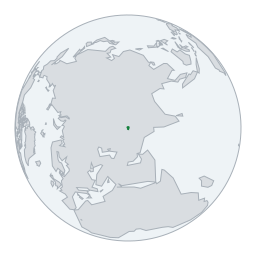 the Earth from above Nangarhar, rotated 278°
{"feature_id": "AFG-1764", "entity_name": "Nangarhar", "entity_type": "Province", "adm_level": 1, "iso_a3": "AFG", "parent_name": "Afghanistan", "parent_adm1": "", "projection": "orthographic", "projection_center": [70.357, 34.369], "detail": "fine", "context": "on_globe", "style": "filled", "palette": "green", "viewbox_px": 256, "rotation_deg": 278, "n_neighbors": 0, "source": "natural_earth", "source_scale": "10m", "svg_char_len": 10843}
<svg xmlns="http://www.w3.org/2000/svg" viewBox="0 0 256 256"><g transform="rotate(278 128 128)"><circle cx="128" cy="128" r="113" fill="#eef3f6" stroke="#a8b0b8"/><path d="M151.0,17.7L152.6,18.5L161.3,22.2L166.7,24.0L163.5,23.4L175.4,27.5L181.8,31.2L172.9,26.7L170.8,26.2L174.4,28.4L172.9,28.3L173.8,29.4L171.8,29.2L166.8,27.0L165.4,26.9L168.0,28.5L167.6,29.6L164.0,27.1L162.9,28.8L154.3,26.0L146.3,20.8L139.9,20.2L127.4,17.7L126.9,18.3L121.9,18.1L119.5,18.7L117.8,18.4L117.3,19.3L119.3,19.5L119.7,20.0L118.4,20.5L116.1,20.0L116.4,19.7L115.1,19.9L114.5,19.5L114.1,19.9L111.4,19.5L112.2,20.7L108.5,21.1L107.3,20.6L109.9,19.6L113.5,16.9L113.0,16.7L109.8,17.0L98.4,19.4L96.9,19.8L94.5,20.5L102.4,18.3L110.4,16.7L118.5,15.8L126.6,15.4L134.8,15.6L142.9,16.4L151.0,17.7ZM92.9,21.0L92.7,21.1L95.6,20.2L94.1,21.1L97.8,20.3L97.8,20.6L100.6,20.5L97.5,21.7L92.9,23.1L90.4,23.4L88.3,24.1L88.5,25.0L81.7,27.0L73.6,31.1L72.1,31.6L73.1,30.2L78.6,26.9L79.4,26.4L92.9,21.0ZM78.5,26.8L76.4,28.0L72.7,29.8L71.0,30.8L69.6,31.7L69.9,31.6L68.1,32.7L69.4,31.8L78.5,26.8ZM154.4,18.5L154.6,18.6L152.8,18.1L153.0,18.2L154.4,18.5ZM170.9,25.4L168.8,24.4L171.3,25.5L170.9,25.4ZM174.3,29.6L175.3,30.0L175.4,30.5L174.3,29.6ZM102.2,19.9L101.4,20.2L102.2,19.9ZM104.1,19.6L104.5,19.2L105.5,19.1L105.2,19.3L104.1,19.6ZM172.3,30.7L172.0,31.4L171.4,30.2L172.3,30.7ZM103.4,20.1L107.1,18.8L108.9,18.6L109.4,19.3L103.4,20.1ZM171.2,31.6L170.6,33.8L172.9,34.7L166.1,33.5L168.9,31.9L167.8,30.2L169.7,31.4L171.2,31.6ZM120.4,19.4L118.3,19.1L121.2,18.9L120.4,19.4ZM122.2,19.1L130.6,18.3L133.2,19.1L129.8,19.1L134.0,20.0L131.1,20.8L128.2,20.5L127.1,19.7L126.8,20.6L122.2,19.1ZM162.4,32.7L161.5,33.0L161.5,32.3L162.4,32.7ZM120.1,20.2L121.5,19.9L123.9,20.5L121.3,21.4L121.4,20.9L120.1,20.2ZM136.6,19.9L137.8,20.6L135.8,21.5L136.0,21.9L131.3,20.9L136.6,19.9ZM120.2,21.0L120.0,21.8L117.7,22.0L118.8,20.6L120.2,21.0ZM125.5,20.4L126.5,20.8L125.1,20.8L125.5,20.4ZM109.7,23.5L111.4,22.9L112.8,23.1L109.7,23.5ZM120.0,22.1L120.8,22.0L121.5,22.1L120.9,22.7L120.0,22.1ZM130.2,21.6L129.1,21.9L132.0,22.0L130.6,22.8L127.7,22.0L128.4,22.7L128.0,23.0L126.1,22.1L130.2,21.6ZM122.4,23.6L118.2,23.1L114.7,24.1L113.4,23.9L119.3,22.4L122.4,23.6ZM124.7,22.8L123.0,23.2L122.3,22.6L123.0,21.9L124.7,22.8ZM130.8,23.7L133.6,22.7L134.2,22.9L130.8,23.7ZM121.5,24.0L122.6,24.1L121.4,24.1L121.5,24.0ZM128.1,23.8L129.0,23.4L129.6,23.7L128.1,23.8ZM123.8,24.7L122.5,24.5L122.9,24.0L123.8,24.7ZM125.9,24.4L126.5,24.9L123.9,24.0L126.2,24.2L125.9,24.4ZM128.5,24.1L129.1,24.2L128.0,24.3L128.5,24.1ZM122.9,26.9L119.6,25.9L120.6,24.7L123.7,25.8L122.9,26.9ZM17.2,125.6L19.1,106.5L21.1,102.8L23.6,96.1L39.2,85.9L40.2,90.1L49.8,96.2L50.6,98.2L46.9,102.7L52.1,115.5L56.8,112.8L64.0,121.2L70.4,123.9L77.2,114.7L66.7,110.0L67.4,104.1L77.8,103.6L87.4,108.1L88.0,106.0L84.0,99.2L88.4,96.6L82.9,96.6L83.5,99.3L80.1,99.6L79.4,97.2L80.9,96.2L78.6,94.1L71.8,99.5L71.7,102.8L64.4,100.6L63.5,106.0L60.8,107.1L61.2,98.5L62.8,96.1L61.9,85.4L59.6,87.7L60.3,98.0L59.1,96.5L55.9,100.1L57.4,96.1L57.3,84.7L52.1,82.5L41.8,87.8L39.6,86.1L39.5,81.7L47.0,72.8L51.1,77.7L53.8,75.1L56.2,69.1L57.2,71.2L58.7,69.5L60.6,71.2L66.4,69.4L68.8,70.8L74.1,66.2L76.0,66.5L72.3,69.0L71.0,71.8L77.3,75.8L79.4,75.4L82.4,72.2L83.7,73.9L85.8,70.4L90.9,71.3L86.4,67.3L89.8,63.9L94.5,62.6L94.8,60.9L87.1,63.1L84.7,64.7L84.0,67.1L76.9,71.4L74.1,71.0L78.4,64.1L74.9,62.8L79.9,58.4L97.7,54.5L103.6,55.2L106.9,63.4L103.7,65.0L101.0,62.7L100.7,68.0L102.1,66.0L103.2,67.6L106.7,65.1L107.7,66.1L109.4,62.2L111.0,63.2L109.8,65.6L116.4,63.3L120.5,64.8L121.5,63.8L121.4,62.3L126.6,65.5L127.2,64.6L125.6,63.2L125.7,60.7L127.8,57.6L129.5,58.9L128.9,60.1L130.4,64.9L128.7,68.4L129.6,68.6L131.5,65.9L129.7,60.1L130.5,57.9L131.8,60.4L131.4,59.3L132.3,58.7L134.8,59.2L133.6,56.4L141.4,48.4L147.1,49.1L147.3,52.0L154.6,48.7L160.4,50.4L159.0,49.0L161.5,46.9L159.7,46.3L159.2,45.5L164.9,40.7L167.6,40.7L168.4,37.7L167.7,37.1L165.8,36.8L166.1,33.5L172.9,34.7L174.2,36.0L177.5,36.1L180.0,39.2L183.7,42.1L184.5,45.8L187.3,48.0L188.3,47.8L192.8,50.9L198.7,58.2L189.5,52.9L179.8,43.4L183.4,47.2L181.3,46.6L181.8,48.3L184.4,51.1L185.5,51.2L183.1,58.5L186.8,67.7L189.8,65.6L193.2,67.2L200.1,77.3L200.8,95.0L205.4,98.5L206.8,101.6L205.2,104.7L203.1,100.3L200.0,99.8L199.1,96.9L195.8,101.0L194.4,97.1L192.5,102.4L195.0,104.9L198.5,102.5L197.5,109.1L203.1,112.8L205.5,119.0L202.1,133.1L196.0,139.1L196.0,141.3L192.7,140.0L189.6,145.3L196.9,154.5L197.2,157.7L191.6,165.7L191.2,163.5L182.4,160.2L181.7,168.0L188.4,172.4L190.8,178.7L186.0,177.9L183.5,172.4L180.4,171.0L180.5,164.4L176.6,155.2L171.7,158.2L171.5,154.1L165.3,146.7L158.0,150.6L146.8,162.8L146.3,173.0L141.9,177.6L134.0,163.4L132.2,153.3L128.2,154.3L120.9,145.4L105.2,143.4L104.0,140.5L100.8,141.4L95.8,137.7L94.3,132.9L90.8,132.5L95.2,145.2L99.1,145.7L103.6,141.9L104.0,146.2L108.9,150.5L100.0,159.1L78.3,163.0L77.9,155.1L70.0,129.8L71.1,127.6L71.2,127.3L71.2,126.8L68.7,130.2L67.9,125.2L70.4,142.3L70.1,148.9L78.0,163.4L76.8,164.2L79.9,167.5L91.7,167.3L91.4,169.8L84.8,179.7L69.9,189.8L72.9,199.5L73.5,206.6L66.3,208.1L69.2,213.6L65.8,213.6L67.1,216.3L65.6,217.6L62.4,217.5L54.6,212.6L52.3,210.0L45.7,202.7L35.8,186.3L35.9,181.5L34.5,176.0L29.0,160.1L30.0,154.2L29.0,150.2L26.6,148.4L25.7,143.5L24.4,141.9L18.0,133.8L17.2,125.6ZM31.1,93.7L30.1,95.6L31.1,93.7ZM95.8,118.3L102.6,120.4L102.5,113.0L105.1,113.3L104.1,110.8L102.4,112.5L100.4,105.9L104.4,104.7L105.1,101.7L102.8,100.9L95.8,104.2L98.6,113.5L95.8,115.8L95.8,118.3ZM72.6,29.9L72.3,30.1L70.7,31.1L71.0,30.9L72.6,29.9ZM66.2,34.7L63.5,36.3L65.7,34.9L65.5,34.7L70.0,31.7L71.6,31.8L70.1,32.2L66.2,34.7ZM76.3,28.1L73.3,29.8L76.6,28.0L76.3,28.1ZM65.0,59.3L64.6,61.2L62.3,62.6L59.4,61.5L62.6,59.4L65.0,59.3ZM64.6,63.5L69.8,57.4L71.8,58.1L69.8,58.7L70.6,59.8L67.6,61.1L64.5,68.0L62.3,69.8L57.9,66.4L60.6,66.4L60.8,64.5L64.6,63.5ZM79.4,43.1L81.6,41.2L83.2,45.0L80.9,46.5L77.7,45.3L78.6,42.9L79.4,43.1ZM103.6,22.0L104.3,21.5L105.0,21.6L104.8,22.1L103.6,22.0ZM110.4,23.2L100.9,24.5L101.3,23.9L95.2,25.7L93.9,25.0L97.9,23.8L92.3,24.7L95.4,23.3L91.5,24.2L100.5,21.6L103.0,20.7L100.7,22.0L101.8,22.6L103.1,22.6L108.5,22.0L114.5,20.5L116.6,21.2L116.4,22.0L115.3,22.5L114.3,21.9L113.5,22.9L111.2,22.4L110.4,23.2ZM113.7,35.6L113.1,34.1L111.1,37.3L108.8,36.3L108.7,36.8L106.0,36.8L102.6,37.7L102.0,37.0L100.9,37.7L99.1,37.8L97.5,38.6L95.7,37.7L93.6,38.6L93.9,37.7L90.7,39.5L92.3,37.8L90.2,38.0L89.8,39.5L84.1,34.3L80.5,33.9L76.6,34.6L79.8,32.0L85.6,29.7L91.9,28.4L94.9,29.4L95.9,28.1L97.6,28.3L96.1,29.2L99.4,27.9L100.4,28.4L106.1,28.0L110.1,26.2L112.3,26.2L111.2,27.1L114.2,26.4L113.6,28.2L115.2,28.2L116.2,30.2L113.2,32.1L115.1,32.1L116.0,33.7L113.7,35.6ZM123.1,27.4L120.0,29.7L117.3,30.3L116.7,26.7L115.4,26.4L114.9,24.4L118.9,23.6L118.7,24.2L119.4,24.7L117.9,24.7L119.6,25.0L119.3,25.9L120.6,26.4L119.3,27.0L123.1,27.4ZM53.0,97.3L53.9,98.3L55.7,99.2L53.7,101.6L53.0,97.3ZM52.7,89.5L53.8,89.8L51.9,93.4L50.9,92.5L52.7,89.5ZM56.0,87.1L54.0,89.6L54.5,87.7L56.0,87.1ZM73.4,69.3L74.7,69.6L74.2,70.5L72.8,71.3L73.4,69.3ZM107.4,46.2L107.5,44.9L108.2,44.8L110.5,42.3L112.4,43.0L111.8,44.8L107.4,46.2ZM74.5,115.7L71.7,116.9L71.1,115.5L72.2,115.3L74.5,115.7ZM61.5,109.2L63.7,112.0L60.9,109.8L61.5,109.2ZM109.8,46.5L110.6,45.4L111.1,46.5L109.8,46.5ZM113.9,43.4L114.7,44.5L112.9,42.8L113.9,43.4ZM126.2,239.8L127.9,240.0L126.0,240.0L126.2,239.8ZM91.0,210.1L87.7,220.2L82.7,218.9L80.4,215.4L80.7,208.9L86.0,208.2L88.2,205.4L91.0,210.1ZM211.3,184.9L213.5,184.0L213.4,184.4L211.3,184.9ZM209.1,184.8L211.7,183.5L208.5,185.9L209.1,184.8ZM212.7,183.0L215.4,180.7L216.5,179.4L216.2,180.3L212.7,183.0ZM207.3,185.7L196.6,190.3L192.2,190.8L193.4,188.9L200.5,186.6L207.3,185.7ZM193.0,189.0L186.0,187.0L175.3,176.5L179.1,175.9L190.1,180.9L189.5,182.4L193.7,184.5L193.0,189.0ZM209.3,174.4L208.5,178.7L202.8,181.0L200.1,181.5L198.3,177.0L199.3,173.9L201.6,173.1L209.5,160.0L212.4,160.9L210.2,166.1L212.5,168.5L209.3,174.4ZM146.9,173.9L149.9,179.5L147.4,180.6L146.9,173.9ZM212.0,151.7L209.3,157.5L211.5,150.4L212.0,151.7ZM212.9,145.5L213.4,147.5L211.9,146.1L212.9,145.5ZM196.6,144.4L194.2,145.8L193.8,144.3L196.6,141.5L196.6,144.4ZM207.3,124.3L208.5,129.0L208.5,130.8L206.8,128.5L207.3,124.3ZM127.0,52.8L121.7,55.3L119.2,58.0L119.7,60.7L116.7,58.1L120.6,54.0L127.0,52.8ZM139.5,48.7L139.0,46.6L140.6,47.0L141.0,47.5L139.5,48.7ZM138.1,47.8L134.7,46.3L135.4,44.8L137.9,46.3L138.1,47.8ZM122.1,46.0L120.4,46.6L120.1,45.7L122.1,46.0ZM213.2,201.7L212.0,202.9L196.2,216.5L193.5,217.7L195.9,215.3L197.0,210.7L198.0,210.3L199.5,206.2L209.8,197.4L217.8,185.9L221.5,183.4L225.6,175.2L228.8,172.3L226.7,177.9L228.7,177.1L233.4,164.4L231.4,172.7L231.4,172.8L227.7,180.5L223.4,187.9L218.5,195.0L213.2,201.7ZM216.6,182.1L219.9,177.2L221.4,175.9L216.6,182.1ZM236.8,153.5L237.2,155.6L236.3,157.8L235.5,157.3L233.9,162.2L230.8,165.9L231.8,163.2L231.7,160.9L227.8,163.8L227.0,162.8L228.6,160.1L225.7,161.2L228.9,157.5L230.0,160.2L231.7,155.5L234.2,153.3L236.2,151.5L237.3,151.8L236.8,153.5ZM228.4,165.9L229.0,165.4L228.4,167.0L228.4,165.9ZM239.5,144.0L239.4,144.3L239.6,142.8L239.6,143.3L239.5,144.0ZM237.6,150.5L239.0,144.5L239.2,143.8L238.2,149.3L237.6,150.5ZM238.9,143.1L239.3,142.2L239.4,143.3L239.3,144.0L238.9,143.1ZM221.9,168.0L221.7,169.2L220.8,169.0L221.9,168.0ZM223.2,166.5L225.8,165.5L222.9,167.6L223.2,166.5ZM214.1,168.6L215.0,170.7L217.9,167.3L215.7,171.0L217.4,173.9L216.7,175.9L215.0,172.6L214.0,177.6L212.6,178.2L212.1,174.7L213.6,169.1L214.9,166.3L220.1,162.3L214.1,168.6ZM223.2,163.4L222.5,160.9L223.0,158.5L223.8,159.5L223.2,163.4ZM219.9,155.2L217.4,153.0L215.5,155.6L219.0,148.1L220.8,151.5L219.9,155.2ZM217.2,148.5L215.5,150.9L217.1,146.8L217.2,148.5ZM214.9,150.0L214.3,147.6L215.9,147.0L214.9,150.0ZM218.2,148.0L217.9,143.5L219.0,145.6L218.2,148.0ZM212.7,142.2L216.6,144.5L212.1,145.2L210.3,137.0L212.1,135.8L212.7,142.2ZM212.2,102.3L210.8,100.2L212.0,98.6L212.6,100.5L212.2,102.3ZM214.5,92.4L211.8,97.6L209.5,102.1L211.0,102.4L211.9,107.0L208.7,104.3L209.2,98.2L211.3,95.6L210.1,91.9L210.7,88.3L208.2,84.4L207.9,82.1L210.8,84.9L214.5,92.4ZM207.0,82.9L202.9,75.7L205.7,74.8L207.3,76.1L208.0,79.7L206.4,80.0L207.0,82.9ZM202.7,73.7L201.1,74.0L191.8,65.6L190.5,63.7L199.2,69.2L198.2,69.8L200.0,72.1L202.7,73.7ZM162.6,33.5L161.6,33.0L162.8,33.2L162.6,33.5ZM158.2,45.3L157.7,44.2L159.2,44.3L158.2,45.3ZM157.2,41.5L155.9,42.1L156.6,40.9L157.2,41.5ZM153.2,43.8L155.1,42.1L154.3,44.5L153.2,43.8Z" fill="#d9dde1" stroke="#a8b0b8" stroke-width="1"/><path d="M129.0,127.6L129.0,127.8L129.1,128.0L129.2,128.3L129.2,128.5L128.9,128.7L128.8,128.8L128.7,128.8L128.3,128.8L128.2,128.8L127.9,128.8L127.4,128.6L127.2,128.6L127.1,128.4L127.0,128.2L126.9,128.2L126.7,128.3L126.7,128.2L126.8,128.1L126.9,127.9L127.1,127.9L127.3,127.9L127.5,127.9L127.8,127.8L128.0,127.8L128.1,127.7L128.1,127.4L128.3,127.2L128.5,127.2L128.5,127.3L128.5,127.5L128.8,127.6L129.0,127.6L129.0,127.6Z" fill="#22c55e" stroke="#15803d" stroke-width="1.5"/></g></svg>